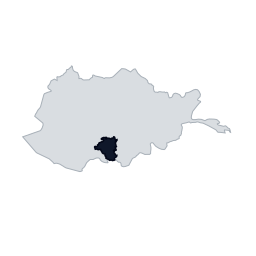 Afghanistan, with Zabul highlighted, rotated 31°
{"feature_id": "AFG-1755", "entity_name": "Zabul", "entity_type": "Province", "adm_level": 1, "iso_a3": "AFG", "parent_name": "Afghanistan", "parent_adm1": "", "projection": "mercator", "projection_center": [67.11, 32.305], "detail": "fine", "context": "in_parent", "style": "filled", "palette": "ink", "viewbox_px": 256, "rotation_deg": 31, "n_neighbors": 0, "source": "natural_earth", "source_scale": "10m", "svg_char_len": 6954}
<svg xmlns="http://www.w3.org/2000/svg" viewBox="0 0 256 256"><g transform="rotate(31 128 128)"><path d="M112.8,77.1L117.2,76.7L120.2,77.3L121.8,78.8L123.4,79.2L124.9,78.5L125.9,78.3L126.2,78.8L127.0,79.0L128.1,78.9L128.8,79.4L129.0,80.3L129.8,81.5L131.4,83.0L132.8,83.3L134.6,82.2L135.2,82.3L135.5,81.9L135.7,81.1L136.7,80.4L138.7,79.6L139.9,79.0L140.3,78.5L141.0,78.3L141.7,78.5L142.2,78.3L142.6,77.5L143.3,77.3L143.9,77.4L146.7,80.0L147.7,80.8L148.2,80.7L149.6,79.3L149.8,77.9L149.4,76.2L149.7,74.9L150.6,73.8L152.3,73.2L154.7,72.9L156.2,73.1L156.8,73.6L157.5,73.9L158.5,74.0L159.3,73.3L160.1,72.1L160.1,70.4L159.5,68.5L159.6,67.9L160.9,67.0L162.2,65.5L163.4,63.7L164.7,61.4L166.2,60.0L168.0,59.4L170.1,60.1L172.7,61.8L173.6,64.0L173.0,66.6L173.0,68.0L173.5,68.3L176.4,67.8L176.8,68.2L176.7,68.9L176.3,70.0L175.8,73.0L174.9,80.5L176.1,84.9L177.0,86.7L177.8,87.3L178.7,87.5L179.5,87.3L181.3,86.2L183.9,84.1L186.5,82.8L190.2,82.1L191.5,79.8L193.2,78.3L197.2,76.1L199.3,75.2L200.6,75.1L203.6,75.9L203.7,76.6L203.5,77.3L202.7,77.9L202.4,78.4L202.7,78.8L203.9,78.9L209.1,77.3L210.3,76.0L211.4,75.9L213.6,76.5L215.3,76.3L216.2,76.9L218.2,78.9L217.6,79.0L216.7,78.6L216.2,77.9L214.1,78.8L211.7,80.0L211.8,80.4L213.8,82.2L209.5,84.1L207.5,85.2L207.1,85.3L204.2,84.3L196.0,84.6L189.8,85.2L187.4,86.2L185.1,86.7L184.0,87.2L183.2,88.2L179.8,90.5L179.2,91.4L177.3,91.3L175.3,93.5L172.4,96.2L171.8,97.4L172.2,98.1L173.8,99.0L174.5,100.0L175.5,102.5L176.0,104.3L176.6,105.1L177.0,107.2L176.3,108.4L176.3,109.1L177.3,110.7L177.0,111.2L176.3,111.9L175.2,114.0L173.2,115.5L172.3,116.8L170.9,118.3L170.3,119.6L169.7,120.3L169.0,120.6L169.2,121.3L169.8,122.2L170.7,123.1L170.6,126.9L170.1,127.9L167.6,129.0L165.1,129.4L162.2,129.4L161.0,129.3L156.9,127.9L155.6,128.6L155.3,130.2L157.7,132.9L158.6,134.4L159.7,136.9L160.5,138.2L160.2,139.4L156.0,142.0L153.2,142.3L151.5,142.7L150.7,143.4L150.1,146.2L149.5,147.2L149.5,148.4L148.9,149.8L148.1,150.7L147.5,152.1L147.9,159.5L145.5,162.4L144.1,163.5L142.8,163.9L141.7,163.8L140.3,162.1L139.4,161.5L138.4,161.6L137.5,162.2L135.9,162.0L134.6,161.4L133.9,161.5L133.5,162.0L132.1,163.3L128.6,165.2L127.2,165.4L126.6,165.8L126.9,166.6L127.5,167.2L128.6,167.7L128.6,168.2L126.8,169.2L125.0,169.8L123.0,170.1L120.8,169.7L119.7,168.9L118.4,168.8L117.2,169.4L116.0,170.4L114.3,173.0L111.8,174.5L111.2,176.1L110.4,179.0L110.7,183.1L110.4,185.0L109.8,186.2L109.9,187.2L110.8,188.2L110.4,188.9L109.7,189.7L109.1,190.2L95.5,194.1L93.3,194.2L92.2,194.1L88.3,194.1L86.7,194.4L85.1,194.9L84.0,195.6L83.0,196.6L81.4,196.0L76.4,195.0L62.7,196.3L61.4,196.1L42.3,189.8L54.0,175.7L54.4,174.5L54.4,172.2L53.7,169.1L52.5,167.6L42.0,166.0L41.6,163.6L41.8,162.5L41.6,160.4L41.6,158.7L42.1,156.1L42.1,154.9L38.7,142.8L38.7,141.6L40.7,138.9L43.2,136.1L43.1,135.6L41.8,135.3L39.9,135.3L38.9,134.9L38.1,134.1L37.8,133.0L38.3,131.1L37.8,127.2L39.7,124.0L42.8,123.8L41.2,121.5L40.9,121.2L40.8,120.8L41.0,120.4L41.7,120.3L43.6,118.8L43.7,117.9L45.2,115.7L45.1,114.7L46.1,112.0L45.6,110.3L45.5,109.3L46.6,108.7L47.3,106.2L47.7,105.6L47.8,105.0L47.5,104.0L48.5,103.8L49.5,105.1L51.0,106.5L52.0,106.9L53.2,107.1L56.0,106.6L56.5,106.7L59.4,109.0L59.9,109.7L60.1,110.6L60.6,110.9L61.6,109.9L62.5,109.6L64.4,109.9L65.4,109.6L70.0,106.6L70.3,104.8L70.8,103.7L71.4,103.1L70.6,100.9L70.9,100.5L71.5,100.3L73.1,100.3L80.1,97.9L81.9,97.9L82.3,97.7L82.4,97.0L83.0,96.4L86.3,94.6L88.2,92.8L88.9,91.5L92.0,80.4L93.7,79.5L95.4,78.8L101.3,78.6L102.4,75.2L102.9,74.3L103.9,73.6L108.2,76.0L112.8,77.1Z" fill="#d9dde1" stroke="#a8b0b8" stroke-width="1"/><path d="M133.1,162.1L132.7,162.6L132.6,163.0L131.8,163.5L131.6,163.7L131.5,163.9L131.3,164.0L130.8,164.0L130.5,163.9L130.3,163.9L129.9,164.1L129.2,165.0L128.7,165.3L128.1,164.9L127.5,164.9L127.3,164.9L126.6,165.1L126.4,165.2L126.2,165.2L125.3,165.2L124.9,165.3L124.7,165.3L124.6,165.2L124.6,164.8L124.7,164.7L124.3,164.0L123.8,163.7L123.6,163.6L123.4,163.9L123.4,164.0L123.2,163.9L122.9,163.7L122.7,163.3L122.6,163.2L122.3,163.2L122.2,163.1L122.1,162.6L121.7,162.1L121.2,162.3L120.9,162.4L120.1,162.7L119.8,162.7L119.2,162.6L118.9,162.5L118.7,162.5L118.6,162.4L118.4,162.3L118.1,162.1L117.9,161.9L117.7,161.8L117.6,161.7L117.1,161.5L116.5,161.3L116.3,161.1L115.7,160.6L115.6,160.4L115.3,160.5L113.7,161.9L113.0,162.1L112.9,162.1L112.7,162.0L112.3,162.0L112.1,162.1L111.8,162.3L111.7,162.4L111.4,162.7L110.9,163.1L109.7,162.0L109.3,161.7L109.2,161.6L109.1,161.4L109.1,161.0L109.5,160.6L110.0,160.3L110.5,160.2L111.0,159.6L111.1,159.2L111.2,158.7L111.1,158.4L110.8,158.2L110.7,158.1L110.8,158.0L110.9,157.6L111.1,157.3L111.1,157.2L111.1,156.9L111.0,156.5L111.0,156.4L111.0,156.2L110.9,155.9L110.9,155.7L111.0,155.4L111.4,155.0L111.7,154.7L111.9,154.5L112.0,154.2L112.3,153.6L112.5,153.4L112.9,153.2L113.0,153.1L113.3,152.8L113.4,152.5L113.4,152.4L113.6,151.8L113.6,151.7L113.5,151.3L113.6,151.1L113.5,150.9L113.4,150.8L113.2,150.7L112.9,150.4L112.7,150.3L112.4,150.3L112.2,150.5L112.0,150.9L111.8,151.3L111.7,151.4L111.4,151.4L110.9,151.3L110.8,151.1L110.7,150.9L110.8,150.8L110.9,150.5L110.9,150.3L110.9,150.2L111.1,149.8L111.7,149.1L111.8,148.9L112.0,148.7L112.7,148.3L113.3,148.2L113.5,148.0L113.9,147.3L114.4,147.2L114.6,147.2L114.7,147.3L114.6,147.5L114.4,148.4L114.3,148.5L114.5,148.7L115.0,148.5L115.2,148.4L115.3,148.3L115.3,148.2L115.2,148.0L115.2,147.9L115.3,147.8L115.5,147.6L115.7,147.4L115.9,147.2L116.7,146.7L116.8,146.6L117.1,146.5L117.5,146.4L117.8,146.5L117.9,146.4L118.0,146.4L118.2,146.2L118.3,146.2L118.6,146.3L118.8,146.4L119.0,146.4L119.2,146.2L119.3,146.2L119.4,145.9L119.5,145.7L119.5,144.8L119.9,144.8L120.0,144.8L120.0,144.7L120.3,144.3L120.5,144.0L120.6,143.8L120.6,143.7L120.4,143.3L120.3,143.2L120.3,142.9L120.6,142.8L120.9,142.7L121.3,142.8L121.5,142.9L121.5,143.0L121.5,143.3L121.6,143.5L121.7,143.8L121.8,143.9L122.3,143.9L122.5,143.9L122.6,144.0L122.6,144.3L122.8,144.3L123.0,144.5L123.6,144.5L123.7,144.4L123.8,144.4L124.0,144.2L124.2,143.9L124.4,143.7L124.5,143.6L124.6,143.8L124.6,144.0L124.8,144.1L124.8,144.3L124.9,144.5L124.7,144.8L124.2,145.1L124.1,145.3L124.2,145.5L124.7,145.6L124.8,145.7L124.9,145.8L124.9,146.0L124.6,146.1L124.4,146.2L124.4,146.3L124.4,146.5L124.5,146.7L124.8,147.2L125.1,147.5L127.1,149.6L127.7,149.9L127.7,150.0L126.8,150.9L127.6,151.5L127.8,151.8L127.9,152.3L128.0,152.3L128.5,152.4L128.6,152.5L129.0,152.7L129.1,152.9L129.2,153.0L129.1,153.3L128.9,153.5L128.7,153.7L128.5,153.8L128.1,154.0L127.8,154.0L127.6,153.9L127.5,154.0L127.4,154.1L127.3,154.4L127.2,154.6L127.3,154.7L127.3,154.8L127.8,154.8L127.9,154.7L128.0,154.8L128.4,155.1L128.4,155.4L128.3,155.9L128.3,156.1L128.5,156.3L128.8,156.5L129.6,156.6L129.8,156.6L130.0,156.7L130.2,156.9L130.6,157.1L130.8,157.3L131.0,157.5L132.0,157.5L132.0,157.4L132.5,157.1L132.8,157.8L132.9,158.3L132.9,158.5L132.7,159.0L132.4,159.6L132.1,160.1L132.0,160.3L132.0,160.6L132.1,160.9L132.1,161.1L132.2,161.4L132.3,161.5L132.6,161.8L133.0,162.0L133.1,162.1Z" fill="#0f172a" stroke="#020617" stroke-width="1.5"/></g></svg>